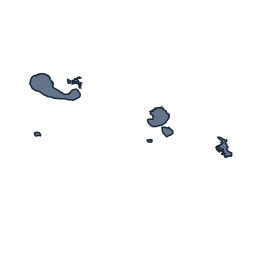 the district of Siau Tagulandang Biaro, Sulawesi Utara, Indonesia, rotated 287°
{"feature_id": "22746128B24839603722983", "entity_name": "Siau Tagulandang Biaro", "entity_type": "district", "adm_level": 2, "iso_a3": "IDN", "parent_name": "Indonesia", "parent_adm1": "Sulawesi Utara", "projection": "equal_earth", "projection_center": [125.379, 2.44], "detail": "fine", "context": "isolated", "style": "filled", "palette": "slate", "viewbox_px": 256, "rotation_deg": 287, "n_neighbors": 0, "source": "geoboundaries", "source_scale": "gbopen_adm2", "svg_char_len": 5928}
<svg xmlns="http://www.w3.org/2000/svg" viewBox="0 0 256 256"><g transform="rotate(287 128 128)"><path d="M147.9,21.2L145.6,20.8L142.4,21.3L141.7,21.1L138.0,24.8L137.5,25.9L137.5,26.6L136.8,28.1L137.0,29.8L136.8,30.1L137.1,31.8L136.8,33.5L136.6,33.7L136.6,34.3L136.1,34.8L136.2,35.1L135.4,37.2L134.6,42.1L135.1,45.4L134.9,48.7L135.7,52.5L135.8,53.4L137.5,59.3L137.7,61.1L137.6,63.4L138.4,65.1L138.4,67.4L139.4,68.3L140.7,70.0L141.9,71.0L143.0,72.2L144.5,72.8L145.9,72.5L146.7,72.2L147.5,71.5L148.6,69.7L149.5,69.0L149.7,68.0L150.1,67.6L149.7,66.3L148.0,63.6L144.9,62.2L144.0,62.0L142.7,60.1L141.7,58.0L141.7,57.0L141.9,55.5L142.5,54.9L142.6,53.1L143.7,50.3L143.5,50.0L143.5,49.6L143.8,49.2L144.5,45.6L145.4,44.0L145.8,43.7L146.4,43.8L146.8,43.5L147.3,43.9L147.9,43.3L148.3,43.4L148.4,42.8L148.8,42.9L149.0,43.3L149.2,43.2L149.3,42.8L149.5,42.8L150.0,42.4L150.0,41.9L149.8,41.8L149.8,41.3L150.8,40.9L151.6,39.3L152.3,39.0L152.8,38.5L153.4,38.6L153.8,37.5L154.3,37.5L154.8,36.3L154.3,35.8L155.1,34.9L154.9,34.7L155.3,32.4L154.7,29.2L153.5,27.1L153.3,27.6L153.0,27.3L153.0,26.4L152.3,25.4L151.4,25.1L151.1,24.8L151.2,23.8L150.3,22.6L149.5,22.1L149.3,21.8L147.9,21.2ZM144.6,149.3L143.5,149.1L143.3,148.8L143.1,147.3L142.4,145.1L141.7,144.5L141.3,144.4L140.0,144.9L139.6,145.6L139.1,145.8L138.8,146.5L138.3,146.7L138.1,147.6L137.4,148.1L136.6,150.8L136.8,152.4L137.2,153.1L137.3,153.0L137.8,154.8L139.1,156.5L139.4,157.3L140.1,158.3L140.4,159.3L141.8,160.3L143.5,162.1L144.2,162.5L146.4,163.0L148.0,163.8L149.6,163.7L150.0,164.4L150.4,164.1L152.0,163.4L152.1,163.7L152.6,163.7L152.8,163.3L152.7,162.8L152.9,162.5L153.1,162.6L153.3,161.8L153.6,161.5L153.6,160.6L154.2,160.0L155.2,159.7L155.2,159.3L155.6,158.8L155.5,157.2L155.9,156.6L156.3,156.4L156.8,156.5L157.0,156.3L157.1,156.0L156.7,155.6L156.6,155.4L157.0,154.6L157.6,154.4L157.4,154.3L157.6,153.8L157.4,153.3L157.0,152.8L156.6,152.8L156.7,152.0L156.5,151.6L156.2,151.5L155.8,150.6L155.8,149.6L155.2,148.9L154.9,148.9L154.7,148.4L154.6,148.6L154.4,148.3L154.0,148.7L153.5,148.3L153.5,147.6L152.8,147.3L152.6,146.8L152.4,147.1L151.5,147.2L151.1,146.7L151.3,146.3L151.2,146.1L151.4,146.1L151.3,145.3L150.4,144.5L150.3,144.8L150.0,144.6L149.8,145.1L149.2,145.2L148.8,145.0L148.6,145.4L148.1,145.3L148.0,145.6L147.9,145.6L147.3,148.2L147.0,148.8L146.7,149.0L145.6,148.5L144.6,149.3ZM145.0,222.6L145.7,220.7L145.8,219.6L146.0,219.0L145.5,216.7L145.2,216.8L144.6,217.6L144.1,219.0L143.6,219.8L143.6,220.3L143.3,221.2L142.8,221.7L142.4,222.3L142.1,222.2L141.7,222.5L141.5,221.9L141.3,222.9L141.0,222.7L140.9,222.2L140.7,222.3L140.1,221.8L139.6,222.2L139.1,221.3L138.7,221.3L138.3,220.9L138.2,220.5L137.7,220.5L137.8,220.0L137.4,219.4L137.1,219.7L137.2,220.2L136.8,220.1L136.3,220.2L136.3,220.6L136.5,220.8L136.2,221.1L135.8,220.0L135.5,219.4L135.7,218.2L135.1,218.2L134.8,218.0L134.7,218.5L134.4,218.8L133.4,219.1L133.3,221.1L133.7,220.9L133.5,221.4L133.6,222.5L134.7,222.1L134.9,222.6L135.2,222.6L134.9,223.8L135.6,224.7L135.6,225.1L135.0,225.7L134.6,225.3L134.4,224.7L134.1,224.4L133.8,224.5L133.7,224.0L133.4,223.9L133.1,225.1L133.1,225.5L133.5,225.6L133.3,226.3L132.9,226.6L132.6,225.9L132.3,226.1L132.0,227.7L131.6,226.8L131.6,226.5L131.4,226.4L131.1,226.8L130.8,227.0L131.2,227.9L130.5,228.2L130.3,228.1L130.0,228.2L130.0,228.7L129.8,228.9L129.8,229.6L129.6,229.9L129.8,231.2L129.7,231.7L130.1,232.0L130.6,231.8L130.7,232.5L130.5,232.9L130.8,233.2L131.0,234.6L131.7,235.2L131.9,235.2L131.9,234.7L132.1,234.5L133.0,234.9L133.6,234.5L134.3,234.5L134.5,234.4L134.5,233.3L134.7,232.6L134.5,232.4L134.5,232.1L134.9,231.4L135.1,229.8L135.7,229.6L135.9,229.3L136.3,229.4L137.2,228.4L138.9,229.2L138.7,228.6L139.0,228.0L140.4,227.7L141.0,227.1L141.3,227.1L141.6,225.8L142.4,225.6L142.9,225.1L143.1,225.1L144.1,226.2L144.7,226.1L144.9,225.9L145.0,225.7L145.3,225.6L144.7,225.2L144.6,224.7L145.1,223.7L145.0,222.6ZM139.3,161.7L138.5,160.4L138.2,160.8L137.6,161.0L137.3,160.8L134.0,162.4L132.9,163.8L132.1,165.5L131.0,167.2L131.0,167.6L133.0,169.6L133.5,170.6L134.6,171.4L135.6,172.4L137.4,172.2L138.5,171.3L138.9,170.1L139.5,168.9L139.7,167.9L140.1,167.8L140.3,167.4L140.4,166.6L139.7,166.1L139.4,164.7L139.6,164.4L139.3,161.7ZM157.2,62.3L157.4,61.2L156.8,60.7L156.5,60.6L155.3,62.5L154.7,61.5L153.8,61.7L154.8,63.6L155.3,64.0L155.3,64.5L156.0,65.0L156.2,65.8L155.6,66.0L155.6,66.9L155.8,67.7L154.5,68.4L153.7,69.2L152.7,69.4L152.3,69.7L152.2,70.4L152.5,70.9L152.8,70.1L154.0,70.0L154.2,70.3L154.6,70.0L155.3,70.5L155.6,69.6L156.0,70.1L156.7,69.3L157.5,70.1L157.5,69.3L157.1,68.7L157.0,67.9L158.4,66.8L159.3,65.5L157.7,66.1L157.1,65.3L157.2,64.0L156.7,63.4L157.2,62.8L157.2,62.3ZM96.3,46.1L97.4,44.6L97.5,42.9L97.0,41.4L96.0,40.2L95.5,40.0L94.5,41.0L93.8,41.3L93.5,42.3L93.9,43.4L94.7,44.4L95.0,46.5L95.7,46.6L96.3,46.1ZM123.4,153.3L123.0,153.0L122.8,152.6L122.9,151.4L122.4,150.9L122.4,150.0L121.8,149.9L121.0,150.8L120.7,151.4L120.8,152.9L121.2,154.1L121.7,154.7L122.7,154.8L123.6,154.3L123.8,154.0L123.7,153.2L123.4,153.3ZM154.1,59.7L155.5,59.7L156.4,58.9L156.8,56.1L155.8,56.4L153.6,57.5L153.4,58.2L154.1,59.7ZM133.2,221.9L132.9,220.8L132.6,220.4L132.5,220.6L132.5,221.2L132.1,221.4L131.8,222.5L132.5,222.9L133.1,222.7L133.2,221.9ZM161.4,65.2L160.8,65.5L161.2,66.7L161.5,67.1L161.9,67.4L161.8,67.6L162.2,68.1L162.5,66.5L162.2,66.5L162.1,66.8L161.8,66.2L161.6,66.3L161.6,65.5L161.4,65.2ZM131.7,225.8L131.8,225.0L131.7,225.3L131.3,225.2L131.1,225.6L131.0,225.2L130.9,225.2L130.8,225.8L131.0,225.7L131.1,226.0L130.9,226.2L131.0,226.5L131.7,225.8ZM136.5,219.7L136.9,219.0L136.3,218.3L136.1,218.8L136.4,219.0L136.6,219.4L136.4,219.3L136.0,219.5L136.4,219.5L136.5,219.7ZM129.0,230.6L128.9,229.5L128.7,229.1L128.5,229.4L128.6,230.1L129.0,230.6ZM130.7,226.9L130.4,226.4L130.4,226.7L130.4,227.3L130.7,226.9ZM159.5,64.4L159.1,64.1L159.2,64.4L159.6,64.7L159.8,64.4L159.5,64.4ZM159.5,63.3L159.7,63.1L159.3,62.5L159.1,62.5L159.5,63.3Z" fill="#64748b" stroke="#1e293b" stroke-width="1.5"/></g></svg>